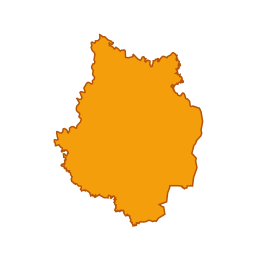 Kalētu pag., Priekules, Latvia (Mercator projection), rotated 76°
{"feature_id": "27541924B96386637120748", "entity_name": "Kalētu pag.", "entity_type": "district", "adm_level": 2, "iso_a3": "LVA", "parent_name": "Latvia", "parent_adm1": "Priekules", "projection": "mercator", "projection_center": [21.495, 56.335], "detail": "fine", "context": "isolated", "style": "filled", "palette": "amber", "viewbox_px": 256, "rotation_deg": 76, "n_neighbors": 0, "source": "geoboundaries", "source_scale": "gbopen_adm2", "svg_char_len": 5774}
<svg xmlns="http://www.w3.org/2000/svg" viewBox="0 0 256 256"><g transform="rotate(76 128 128)"><path d="M191.8,76.3L183.3,70.7L176.5,70.4L173.8,69.1L168.1,72.2L160.8,68.3L159.5,66.3L156.7,64.4L153.2,59.2L150.7,57.7L147.9,57.7L139.8,54.0L130.2,53.2L126.1,53.9L122.4,59.7L122.5,61.1L122.0,61.9L121.3,62.2L117.0,61.8L114.2,63.3L113.8,64.3L113.1,64.8L108.6,65.1L107.4,66.0L107.3,66.6L107.6,67.2L108.6,67.7L108.7,68.5L109.5,69.8L107.9,71.8L106.4,71.8L105.8,72.9L103.4,74.3L102.5,74.0L102.4,74.5L101.2,74.8L100.8,74.3L100.1,74.1L100.0,74.9L98.1,76.2L96.7,74.8L97.6,74.4L97.5,73.5L97.6,73.3L98.5,74.1L99.1,73.4L97.6,72.0L97.0,70.1L96.7,69.9L97.5,69.5L97.6,69.0L96.9,68.8L96.1,67.4L96.1,66.8L96.9,66.3L97.0,65.8L95.4,65.4L96.9,64.3L97.0,63.5L96.3,63.0L95.7,63.1L94.3,64.4L93.9,64.2L94.0,63.8L93.5,63.6L91.6,63.7L91.0,64.1L90.7,64.4L90.8,65.1L90.5,65.3L88.6,64.5L88.8,66.1L87.6,67.0L87.3,66.4L86.8,66.4L87.0,67.3L86.5,68.4L85.7,66.6L84.8,66.2L83.3,66.9L82.3,66.9L82.9,65.3L81.9,64.7L82.4,64.3L82.1,64.0L81.3,64.5L81.1,63.7L80.1,63.9L80.4,63.5L80.1,62.1L78.4,62.0L78.1,62.9L78.6,62.9L78.7,63.5L77.7,63.3L77.5,62.9L75.9,62.1L74.5,63.2L73.6,63.2L73.6,63.6L74.2,64.4L73.8,64.6L73.2,63.9L72.8,64.4L72.3,63.7L72.1,64.2L71.8,64.2L71.3,63.5L70.4,63.6L69.4,62.8L68.7,64.1L68.1,64.0L66.7,65.0L65.8,66.1L66.1,67.1L67.4,68.8L68.3,72.4L69.2,73.1L67.2,75.9L66.9,77.2L68.4,79.6L71.0,82.1L70.8,82.9L70.0,83.1L69.1,82.4L68.7,81.7L68.2,81.7L67.9,82.2L68.2,83.8L68.1,84.8L69.2,85.7L68.9,87.3L71.5,88.1L72.4,89.2L73.8,89.3L74.1,90.1L74.0,90.9L71.7,91.4L68.3,90.5L66.9,92.6L67.0,93.3L68.1,94.4L68.1,95.1L67.7,95.4L66.4,95.2L65.1,93.8L64.9,93.9L64.6,95.2L63.3,95.1L62.7,95.7L62.5,96.1L62.8,97.1L64.9,98.9L65.4,99.8L63.2,101.9L58.0,104.9L58.3,105.6L59.6,105.7L60.0,106.7L59.9,110.9L58.9,113.3L53.0,112.1L51.7,112.3L51.3,112.9L51.4,114.0L50.9,115.3L51.5,117.0L49.2,118.1L46.9,120.0L46.8,120.4L47.0,120.7L48.0,121.4L48.0,122.2L46.1,122.9L44.1,124.8L43.5,126.1L42.4,125.5L41.5,126.0L41.0,125.6L42.2,124.5L43.1,123.3L42.2,121.8L41.6,121.6L41.2,122.5L39.7,123.3L37.9,125.9L34.1,128.3L33.7,129.0L33.4,130.6L32.1,131.2L30.6,132.9L34.3,133.6L35.9,135.7L36.0,136.3L35.6,138.5L37.3,139.2L37.6,140.1L35.9,142.0L36.1,142.8L36.6,143.1L39.6,143.2L40.8,144.3L44.2,143.9L47.0,142.3L48.6,142.4L53.8,144.5L55.5,144.1L57.4,145.0L57.4,146.7L59.9,148.5L61.1,148.7L63.6,147.8L67.6,149.4L70.5,148.2L72.1,148.7L73.7,151.2L75.7,151.4L76.5,152.4L76.3,153.1L74.5,154.7L74.1,155.5L74.1,156.4L74.8,157.5L78.6,161.2L81.9,160.8L83.0,161.1L83.1,161.9L81.9,163.6L81.4,165.0L81.9,166.0L87.4,165.3L88.3,166.0L88.7,166.7L88.5,167.7L88.6,169.0L87.1,169.7L87.0,170.5L91.7,169.1L92.6,169.6L94.4,172.4L96.4,173.4L98.0,173.7L99.6,173.3L101.6,171.8L102.8,171.4L104.9,172.8L105.9,172.7L107.4,171.4L108.4,171.3L110.6,172.7L113.4,176.9L115.6,178.0L115.2,179.1L113.6,180.4L113.3,181.1L113.1,182.2L113.7,184.2L114.2,184.8L116.2,185.3L118.3,187.0L117.9,187.6L116.2,187.6L114.5,188.3L113.2,189.8L113.1,190.8L113.4,191.2L115.7,192.1L116.8,193.7L116.3,195.2L114.5,197.2L114.3,197.9L114.9,198.3L119.2,198.7L122.0,198.5L122.4,199.0L122.4,199.6L122.2,200.8L121.6,201.9L121.9,202.5L124.1,202.8L124.8,202.3L126.0,202.3L127.6,202.7L127.8,202.2L127.5,199.2L130.3,198.0L131.1,196.9L132.2,196.8L133.2,197.2L134.1,198.2L134.9,198.2L135.2,197.6L134.2,196.0L134.9,195.8L135.0,195.2L134.1,195.1L134.2,194.4L134.6,193.9L134.6,193.0L137.3,191.9L137.9,192.0L137.9,192.7L139.0,193.2L140.3,194.8L138.0,195.7L137.4,196.5L137.5,197.0L141.0,197.4L142.0,195.8L143.9,195.8L144.0,196.0L143.7,196.9L143.9,197.3L147.1,197.8L148.0,198.6L147.9,199.0L147.0,199.5L147.5,200.2L147.2,201.1L148.0,201.9L148.7,201.7L149.5,200.6L149.7,199.3L151.3,199.6L152.8,198.6L151.8,198.8L151.6,198.3L151.7,198.0L152.8,197.6L153.6,198.0L154.1,197.6L154.7,198.1L154.9,198.0L154.9,196.8L155.4,195.2L156.1,195.5L156.0,196.1L156.2,196.3L157.3,194.9L160.0,194.8L161.9,194.1L163.5,195.2L164.1,195.1L164.4,195.6L166.2,195.5L167.0,194.5L167.8,194.4L169.0,193.5L168.8,193.3L168.8,193.0L169.8,192.5L169.4,191.9L169.7,191.4L172.4,189.9L172.9,187.9L173.5,187.5L175.0,187.9L175.8,188.9L177.9,188.2L177.6,187.5L177.8,186.4L177.5,185.5L178.0,184.9L178.7,184.7L178.2,184.0L179.0,182.9L181.3,180.9L184.8,180.5L184.2,179.8L184.2,178.4L185.2,178.8L185.4,177.8L187.2,177.0L187.1,176.2L186.1,176.6L185.3,175.7L186.6,175.4L186.4,174.7L186.6,173.9L186.1,173.3L185.6,171.8L186.5,171.7L187.9,169.9L189.4,168.6L190.0,167.5L190.4,165.6L191.0,164.3L189.1,163.6L188.7,162.9L189.4,161.9L190.1,161.7L190.0,161.4L190.8,161.1L190.8,161.7L191.8,162.0L192.2,161.6L191.4,160.0L190.6,159.9L190.7,158.1L191.9,158.0L192.7,157.0L193.6,158.5L193.9,157.4L194.4,157.0L194.7,158.1L194.5,158.5L195.3,158.7L195.0,158.1L195.7,158.6L196.1,158.4L196.8,159.5L197.2,159.1L198.3,159.3L199.7,158.9L199.7,158.3L200.1,158.3L201.7,159.0L202.6,158.9L202.8,159.6L204.6,160.7L206.3,159.9L206.3,159.4L205.4,158.3L206.3,158.0L206.1,157.2L207.0,156.3L206.3,155.7L206.8,155.2L206.7,154.8L206.3,155.1L206.0,154.8L206.3,154.0L206.9,153.6L206.7,153.0L206.8,152.5L208.3,152.2L209.6,152.6L212.6,151.6L212.6,150.3L212.1,150.2L211.8,149.5L212.9,149.3L213.0,149.0L212.8,148.6L213.6,148.2L213.9,147.5L215.5,148.0L217.5,147.4L219.2,148.3L220.5,147.3L220.7,146.8L221.4,147.2L223.3,146.7L224.2,146.9L224.3,145.5L223.8,145.6L223.5,145.1L224.4,144.9L224.4,143.5L223.9,143.5L223.4,142.8L222.3,143.0L222.0,142.2L222.1,141.7L222.9,141.3L223.3,140.5L221.9,138.9L223.1,135.3L223.1,132.3L222.6,130.9L222.6,130.1L223.7,127.8L224.7,126.8L224.7,124.3L225.4,123.2L222.8,120.1L220.6,113.1L213.3,112.5L212.8,113.6L209.8,116.2L209.0,108.4L200.5,105.2L196.0,102.1L194.1,101.4L195.9,94.1L197.3,90.2L197.7,89.5L198.7,89.8L199.1,89.5L199.1,88.8L200.6,88.1L200.2,87.1L200.4,85.4L198.6,84.5L199.3,81.1L199.1,81.0L199.9,79.4L191.8,76.3Z" fill="#f59e0b" stroke="#b45309" stroke-width="1.5"/></g></svg>